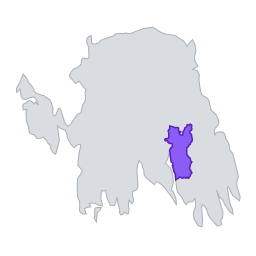 Ireland, with Limerick highlighted, rotated 269°
{"feature_id": "IRL-726", "entity_name": "Limerick", "entity_type": "County", "adm_level": 1, "iso_a3": "IRL", "parent_name": "Ireland", "parent_adm1": "", "projection": "equal_earth", "projection_center": [-8.682, 52.516], "detail": "fine", "context": "in_parent", "style": "filled", "palette": "violet", "viewbox_px": 256, "rotation_deg": 269, "n_neighbors": 0, "source": "natural_earth", "source_scale": "10m", "svg_char_len": 6839}
<svg xmlns="http://www.w3.org/2000/svg" viewBox="0 0 256 256"><g transform="rotate(269 128 128)"><path d="M172.3,32.3L165.3,35.8L164.2,37.2L162.2,42.7L162.0,44.2L157.6,50.3L155.1,51.6L151.3,52.6L149.2,53.5L146.5,53.0L143.1,53.1L141.4,54.2L141.5,55.1L142.5,56.0L148.8,58.8L148.5,60.0L146.7,61.3L135.4,64.6L132.0,66.6L130.9,67.9L132.1,70.1L141.1,76.7L142.7,77.5L144.0,81.3L152.0,82.9L155.3,85.4L158.1,85.9L164.3,85.7L166.7,86.6L168.1,85.9L168.9,84.7L175.7,80.0L173.5,76.5L180.4,70.5L182.3,70.6L185.5,72.4L188.2,74.9L189.1,78.3L191.7,81.4L193.3,82.4L197.7,83.0L198.8,84.2L198.1,88.7L198.7,90.2L209.9,90.0L214.4,88.1L218.3,88.5L220.2,90.5L221.1,92.5L217.8,93.3L214.3,92.9L212.6,94.2L212.6,96.8L213.8,100.1L216.2,102.5L218.1,107.9L219.8,113.8L222.3,117.4L222.8,121.9L222.5,124.1L223.0,128.1L222.0,129.5L222.9,133.2L227.2,145.2L228.2,154.6L226.2,158.1L223.6,161.5L221.9,165.5L220.6,169.8L219.8,176.7L214.1,184.9L211.6,186.9L208.7,188.1L215.2,193.9L210.0,196.4L204.3,197.2L198.0,195.8L194.1,196.0L189.2,198.9L188.1,198.4L185.7,193.7L184.0,198.5L180.4,200.1L174.2,199.8L163.8,201.1L159.9,202.4L158.2,204.6L157.0,207.1L155.4,208.6L153.6,209.4L145.6,211.2L144.0,211.9L140.3,216.0L135.5,218.3L131.4,219.0L127.8,216.7L126.4,215.3L124.7,214.5L119.2,214.7L120.9,215.4L122.1,217.1L122.6,220.2L122.0,223.4L119.3,225.0L116.0,225.3L110.9,228.5L104.2,229.4L100.5,232.4L78.1,237.5L76.8,237.5L73.8,236.2L70.4,235.7L67.1,236.1L57.7,238.9L53.1,238.3L59.0,231.3L66.8,227.7L67.6,226.8L65.0,226.3L50.3,228.8L45.1,230.9L40.0,231.5L42.4,228.3L49.0,223.9L54.8,221.0L57.2,218.4L64.2,215.5L41.7,221.5L35.9,220.8L34.5,219.1L29.9,219.9L28.2,215.8L35.1,209.7L39.0,207.0L43.8,205.6L48.3,203.5L50.0,201.0L47.9,200.2L34.3,200.9L27.8,200.3L28.2,198.4L29.4,196.2L36.2,192.4L39.8,191.8L43.1,192.2L48.8,194.4L56.4,193.7L53.2,191.3L52.7,186.4L50.3,184.8L53.4,182.5L57.0,181.1L62.9,176.5L65.1,175.8L76.8,174.6L89.4,172.2L101.9,168.8L95.5,166.9L92.5,164.5L87.5,169.5L83.9,171.4L73.9,172.4L70.7,171.9L66.2,170.3L64.9,170.9L63.6,172.1L56.9,174.6L49.9,175.2L58.1,170.6L68.4,163.0L70.7,160.6L74.0,156.4L73.0,154.5L70.9,153.4L78.4,144.8L81.0,143.3L85.8,143.0L89.3,141.6L90.8,141.6L92.2,141.1L95.3,138.6L90.5,136.9L85.7,136.1L70.6,137.0L68.6,136.8L66.7,136.0L65.5,134.8L64.6,131.9L63.5,131.3L60.1,131.3L56.8,132.2L54.4,132.1L52.1,130.8L55.8,127.8L51.1,127.1L46.3,127.7L42.3,126.8L42.2,124.9L44.1,123.1L41.7,121.3L41.2,119.1L43.8,118.0L46.5,118.3L52.1,116.7L59.3,115.9L53.2,114.3L50.7,112.9L50.6,110.7L51.1,108.9L58.3,105.8L65.9,104.5L65.3,102.5L65.9,100.3L58.2,99.6L50.6,101.2L51.5,97.0L53.3,93.2L53.7,90.7L53.4,88.1L49.8,89.2L49.4,85.5L47.9,82.9L42.7,84.7L42.9,81.3L44.4,78.9L47.1,77.9L49.9,78.4L54.9,78.3L59.8,76.5L66.8,76.1L77.9,76.6L85.6,81.6L87.6,80.7L90.7,77.6L92.1,77.2L103.7,78.6L110.9,80.4L112.8,79.9L111.7,76.4L109.3,73.9L112.4,70.7L116.1,68.6L118.7,67.5L124.5,66.2L127.0,64.9L128.7,60.8L131.3,57.4L116.8,59.2L102.9,55.2L105.1,52.3L108.0,50.7L113.1,49.5L113.5,48.0L116.1,46.8L120.3,43.5L118.8,39.3L119.6,36.3L122.6,34.2L123.5,31.4L124.9,29.3L131.0,28.5L136.9,26.5L146.0,26.3L148.4,27.1L147.8,23.6L152.1,23.1L153.8,23.8L154.6,26.3L156.5,27.9L157.1,30.6L155.8,32.7L153.7,34.3L155.7,36.0L152.6,39.0L155.9,37.7L160.7,34.8L160.4,32.4L159.6,29.3L158.2,26.6L158.8,23.6L161.5,21.7L168.5,20.8L165.6,17.4L168.1,17.1L170.9,17.8L175.0,20.4L183.8,24.2L179.6,27.5L174.4,29.8L172.3,32.3ZM49.1,98.4L48.9,100.0L45.6,98.0L44.0,95.8L34.7,94.7L38.6,92.5L40.5,93.2L47.0,93.3L48.8,94.2L49.1,98.4Z" fill="#d9dde1" stroke="#a8b0b8" stroke-width="1"/><path d="M75.3,174.8L75.5,174.8L75.9,174.9L76.6,174.7L79.5,174.7L81.1,174.5L81.9,174.3L82.5,173.8L83.2,173.4L88.8,172.0L89.6,171.6L90.0,172.2L90.8,172.4L91.7,172.2L92.4,172.0L92.7,171.7L93.0,171.1L93.3,170.6L93.8,170.4L101.9,169.6L103.4,169.2L104.0,169.2L104.7,169.2L105.4,169.3L106.0,169.6L106.2,170.2L106.6,170.5L107.3,170.4L108.3,171.7L110.9,172.1L112.0,171.0L111.8,169.0L112.3,168.8L112.6,168.5L112.7,168.1L112.9,167.7L113.3,167.6L113.7,167.6L114.0,167.5L114.3,167.3L114.6,167.1L114.7,166.4L114.5,165.7L114.5,165.1L116.0,164.5L116.5,165.2L116.6,165.6L116.7,166.2L116.8,166.3L116.8,166.5L116.9,167.5L117.0,167.8L117.3,168.4L117.8,168.5L118.7,168.6L122.6,168.6L124.1,168.2L124.4,168.2L124.9,168.3L125.6,168.8L125.9,169.1L126.1,169.4L126.1,169.6L126.9,169.8L129.3,169.7L129.1,170.7L128.9,171.3L128.5,172.2L128.4,172.5L128.2,173.7L128.1,174.0L127.9,174.3L127.6,174.5L127.4,175.0L127.6,175.5L127.6,176.0L127.7,176.9L127.6,177.4L127.6,177.7L127.4,178.1L127.3,178.3L127.2,178.4L127.1,178.5L126.9,178.5L126.6,178.6L126.4,178.6L125.9,178.4L125.6,178.4L125.0,178.5L124.3,178.8L123.6,179.1L123.5,179.7L123.5,180.4L123.3,180.7L123.1,180.8L122.9,180.8L122.7,180.7L122.6,180.4L122.7,179.8L122.7,179.5L122.6,179.3L122.6,179.2L122.4,179.1L122.2,179.0L121.8,179.0L121.6,179.1L121.1,179.5L120.5,179.9L120.4,180.1L120.3,180.3L120.2,180.5L120.1,181.3L119.9,181.8L119.9,182.0L120.0,182.3L120.6,182.6L120.8,182.8L121.0,182.8L121.6,182.8L122.1,183.0L122.4,183.0L123.0,182.9L123.3,183.0L123.7,183.2L125.6,184.5L125.9,184.6L126.8,184.6L127.1,184.8L127.4,185.2L128.0,186.3L128.4,186.7L128.8,186.9L130.0,187.0L130.3,187.6L129.8,189.0L129.8,189.4L130.0,189.6L130.5,189.8L130.8,190.0L130.8,190.4L130.7,190.6L129.5,191.9L128.9,191.6L128.6,191.5L128.2,191.5L126.1,191.8L125.8,191.8L125.5,191.8L125.0,191.5L124.7,191.3L124.5,191.1L124.4,190.9L124.2,190.3L124.1,190.2L123.8,189.9L123.5,189.8L122.8,189.6L122.4,189.6L122.0,189.9L121.8,190.1L121.6,190.3L121.5,190.5L120.9,190.8L120.4,191.3L120.1,191.4L118.0,191.6L115.9,192.1L115.0,192.1L114.2,191.9L113.8,191.8L113.4,191.6L112.6,190.7L112.4,190.5L112.1,190.4L111.2,190.2L110.9,190.1L110.7,189.9L110.3,189.4L110.2,189.1L110.0,188.9L109.9,188.7L109.7,188.6L108.8,188.3L108.6,188.2L108.4,188.1L108.1,187.7L107.8,187.4L107.6,187.3L107.5,187.1L107.4,186.9L107.2,186.5L106.9,186.4L106.1,186.3L104.4,186.4L101.4,186.2L101.0,186.2L99.3,187.2L98.8,187.6L98.7,187.8L98.4,187.9L98.2,188.0L97.8,188.2L97.6,188.3L97.5,188.5L97.4,188.9L97.3,189.1L97.1,189.3L96.8,189.5L93.9,190.2L93.3,190.5L93.1,190.7L93.2,190.9L93.3,191.0L93.2,191.2L92.4,190.9L91.9,190.6L91.2,190.1L90.8,189.9L88.2,189.2L86.9,189.1L86.4,188.9L86.0,189.0L85.5,189.2L83.4,190.6L82.0,191.1L81.4,190.4L81.3,190.2L81.0,190.1L80.8,190.0L80.1,189.7L79.5,189.4L78.7,189.2L78.3,189.0L78.1,188.6L77.8,188.3L77.6,188.2L76.8,187.9L76.7,187.8L76.6,187.6L76.7,187.3L76.9,187.1L77.6,186.8L77.8,186.7L77.9,186.3L77.7,186.0L77.6,185.8L77.0,185.4L76.9,185.3L76.8,185.0L76.8,184.8L77.0,184.3L77.1,184.1L77.3,183.9L77.4,183.7L77.6,183.6L77.7,183.4L77.7,183.2L77.5,182.9L77.4,182.7L77.2,182.5L77.0,182.2L76.9,181.9L76.9,181.7L77.0,181.2L77.2,180.9L77.3,180.7L77.4,180.2L77.5,180.1L77.6,179.9L77.8,179.8L78.0,179.7L78.2,179.2L78.2,178.8L78.0,178.5L77.8,178.2L77.2,177.8L76.8,177.4L76.4,176.8L76.3,176.4L76.2,175.8L75.6,175.2L75.3,174.8Z" fill="#8b5cf6" stroke="#5b21b6" stroke-width="1.5"/></g></svg>